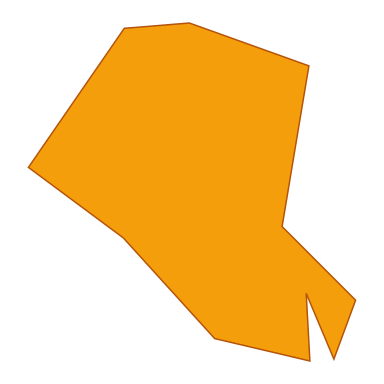 Martinsville, Virginia, United States of America (Robinson projection)
{"feature_id": "52423323B40390347243240", "entity_name": "Martinsville", "entity_type": "district", "adm_level": 2, "iso_a3": "USA", "parent_name": "United States of America", "parent_adm1": "Virginia", "projection": "robinson", "projection_center": [-79.858, 36.679], "detail": "fine", "context": "isolated", "style": "filled", "palette": "amber", "viewbox_px": 384, "rotation_deg": 0, "n_neighbors": 0, "source": "geoboundaries", "source_scale": "gbopen_adm2", "svg_char_len": 283}
<svg xmlns="http://www.w3.org/2000/svg" viewBox="0 0 384 384"><path d="M28.4,167.4L123.2,237.8L214.7,338.6L309.9,361.0L306.2,293.3L333.9,359.1L355.6,300.2L282.1,226.6L298.3,129.3L308.9,65.9L189.3,23.0L124.3,28.3L28.4,167.4Z" fill="#f59e0b" stroke="#b45309" stroke-width="1.5"/></svg>